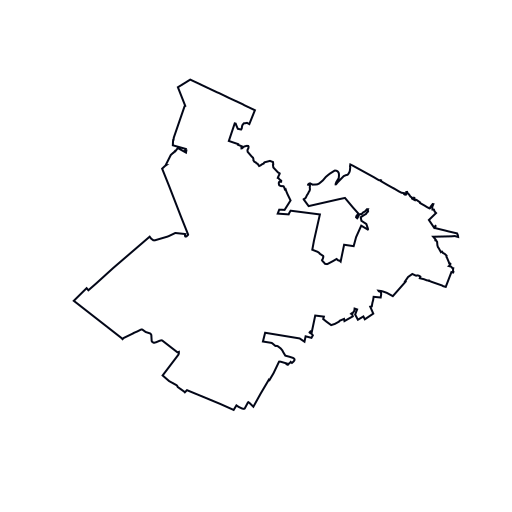 Independenta, Constanta, Romania (Natural Earth projection), rotated 129°
{"feature_id": "2599482B49853349653929", "entity_name": "Independenta", "entity_type": "district", "adm_level": 2, "iso_a3": "ROU", "parent_name": "Romania", "parent_adm1": "Constanta", "projection": "natural_earth1", "projection_center": [28.039, 43.934], "detail": "fine", "context": "isolated", "style": "outline", "palette": "ink", "viewbox_px": 512, "rotation_deg": 129, "n_neighbors": 0, "source": "geoboundaries", "source_scale": "gbopen_adm2", "svg_char_len": 6099}
<svg xmlns="http://www.w3.org/2000/svg" viewBox="0 0 512 512"><g transform="rotate(129 256 256)"><path d="M143.4,348.6L146.2,360.1L146.4,361.7L150.1,376.2L152.6,387.1L153.3,389.3L160.3,418.1L174.0,422.9L183.9,405.4L184.7,405.7L215.7,394.4L217.5,393.3L217.7,393.2L217.9,393.4L218.9,392.8L222.3,390.3L217.0,378.0L218.1,377.7L217.7,376.6L219.7,375.5L221.3,384.7L225.4,384.6L225.4,385.0L227.8,385.1L228.0,385.3L231.1,385.8L242.5,383.3L242.3,383.1L243.4,383.4L247.2,383.9L256.3,367.6L272.4,339.5L282.1,322.2L282.3,322.1L284.6,322.4L285.3,323.1L285.2,323.5L285.0,323.9L284.3,324.4L283.5,324.8L284.1,325.8L288.9,333.2L295.4,336.3L296.8,337.1L307.5,344.5L308.4,345.7L308.5,348.4L307.9,350.8L355.1,359.4L377.8,362.9L388.1,364.7L387.6,367.4L405.5,369.4L404.4,308.8L404.6,307.4L403.1,307.3L393.1,302.6L392.9,302.7L389.4,300.8L385.8,299.2L384.9,298.5L384.7,297.8L384.5,293.9L382.8,289.5L382.9,288.5L383.3,287.6L387.6,283.7L388.0,283.0L387.9,281.2L387.6,280.6L385.8,279.3L382.6,277.6L381.1,276.5L380.7,275.7L380.3,256.7L380.1,256.2L379.1,255.6L380.2,254.7L381.5,254.2L407.6,253.4L407.9,244.7L406.4,236.4L406.5,235.6L407.1,234.3L406.7,228.6L406.6,226.1L406.7,225.5L403.7,225.2L393.5,190.8L389.7,176.5L384.4,177.2L384.2,174.6L383.7,172.5L383.3,170.9L382.7,169.6L382.1,169.0L381.6,168.8L374.9,170.1L374.4,170.0L374.3,168.5L374.8,163.2L360.0,165.8L344.5,168.1L344.7,167.7L344.3,167.4L336.1,168.6L323.6,171.6L323.0,171.0L322.5,170.0L320.2,164.5L320.9,164.1L320.5,162.8L318.8,162.7L317.3,162.3L316.5,162.4L316.5,160.8L314.3,160.4L312.9,160.5L312.1,161.0L311.9,161.4L311.8,161.9L311.9,163.1L313.2,166.5L315.0,170.5L313.5,174.6L312.8,176.1L312.3,178.6L312.4,182.2L312.7,183.1L313.7,184.3L313.6,188.6L313.9,189.5L318.1,196.8L309.9,200.6L292.6,170.2L292.1,164.4L287.2,166.9L284.7,161.4L281.9,161.9L281.6,163.0L281.5,164.0L281.8,166.1L281.7,166.3L280.2,166.2L279.8,164.9L265.0,172.5L260.4,165.1L262.7,164.1L262.7,160.0L262.4,154.1L259.2,152.0L254.8,150.2L253.6,150.2L249.5,148.0L250.9,146.3L242.0,142.8L240.8,144.5L241.0,145.7L240.4,145.6L240.3,144.9L236.7,145.1L234.8,146.3L233.9,143.8L239.1,142.1L241.4,136.7L235.4,134.5L236.7,131.6L227.0,128.6L223.5,135.3L222.3,134.3L219.1,136.1L216.6,137.2L213.7,138.9L209.8,133.0L207.0,134.6L205.5,136.1L205.4,136.5L205.8,137.4L206.1,138.4L205.9,139.0L204.4,136.6L203.6,134.8L202.3,131.1L201.1,124.4L181.9,123.6L182.0,124.2L176.6,124.6L171.6,123.2L170.7,119.6L170.5,119.1L169.7,118.6L169.2,117.9L168.7,116.6L168.6,115.3L170.2,114.7L168.4,111.0L167.4,107.9L166.7,106.7L166.4,106.5L166.2,106.2L166.5,105.9L166.0,104.8L165.7,103.6L161.8,92.8L161.8,92.2L161.6,91.4L160.6,89.1L145.5,94.0L144.8,92.4L144.0,92.6L143.8,93.3L142.6,94.3L141.4,95.0L141.6,95.3L141.8,95.8L141.6,97.0L141.5,97.9L142.1,98.9L142.4,99.7L141.5,99.5L141.2,99.8L139.8,99.9L139.7,100.5L140.2,100.8L140.1,101.3L139.4,102.3L137.1,106.6L136.8,107.5L135.8,108.1L135.6,110.7L136.0,112.7L135.5,114.2L136.0,114.7L136.6,114.8L135.6,117.3L135.0,118.7L134.6,120.2L133.5,121.8L131.0,124.2L130.9,124.5L130.9,125.2L130.4,125.9L130.4,126.2L130.8,126.6L130.1,127.2L129.5,130.4L117.8,116.6L115.4,114.1L114.0,110.9L112.8,112.2L111.9,114.0L115.8,122.0L117.1,124.9L121.6,134.4L121.6,134.6L119.7,135.3L119.7,135.5L121.9,135.4L119.2,144.3L109.3,143.1L109.0,145.2L108.0,146.9L108.9,148.1L107.0,149.9L104.1,150.8L104.4,151.4L108.0,151.3L109.4,150.8L109.8,151.0L110.4,153.9L110.7,156.5L111.6,161.8L111.1,162.2L111.4,166.5L111.9,167.8L112.6,167.6L112.8,168.7L112.0,169.2L111.4,169.4L111.2,169.5L111.3,169.9L113.0,169.7L113.2,170.9L112.5,171.4L112.6,173.6L111.9,175.7L111.7,178.0L111.1,178.9L111.6,179.4L112.6,178.3L114.0,178.1L114.6,178.9L114.7,179.6L113.6,179.8L115.3,182.8L115.9,185.7L116.7,191.4L116.8,191.4L118.0,198.2L119.2,206.0L118.5,206.4L118.7,207.0L119.6,207.8L119.9,209.1L120.6,214.0L124.8,237.3L125.5,240.3L127.1,239.4L127.9,238.5L130.7,236.7L132.0,236.2L134.0,235.9L134.9,235.9L135.5,236.1L136.6,237.0L138.7,238.1L147.3,238.9L149.9,238.9L150.2,239.2L150.0,239.4L148.0,240.1L143.4,240.7L140.9,242.4L139.7,243.6L139.2,244.4L138.9,245.6L139.0,246.7L139.4,247.7L140.1,248.6L145.4,250.4L147.5,250.9L150.6,251.5L155.1,251.6L157.8,252.1L160.1,252.6L160.9,253.0L161.8,253.5L162.6,254.3L165.0,257.0L165.1,258.0L165.4,258.9L165.5,259.7L166.2,260.2L166.8,260.4L167.6,260.5L167.8,260.4L167.1,259.1L167.2,258.6L167.4,258.3L169.1,257.2L170.1,256.1L171.6,255.4L172.9,255.3L174.9,254.8L176.6,254.7L179.4,254.0L180.3,254.1L181.9,254.7L182.0,254.6L184.1,246.5L159.7,227.3L154.9,223.4L157.3,211.1L158.6,203.1L161.8,203.1L162.9,202.6L163.0,201.1L162.3,201.1L159.3,201.9L157.7,201.2L157.4,200.6L157.0,200.3L154.9,200.2L152.6,199.3L149.8,199.2L149.2,198.4L150.3,198.1L150.4,197.3L150.9,196.9L152.2,197.1L154.4,197.0L155.3,197.5L160.0,199.0L162.3,196.2L161.7,190.4L164.2,186.4L164.7,185.8L165.1,185.8L166.2,193.3L178.3,190.1L186.9,186.3L191.8,194.6L207.1,186.7L207.0,188.2L207.6,189.1L207.7,189.7L207.6,191.5L211.6,193.0L217.2,195.4L217.6,195.7L218.6,197.3L218.6,197.9L218.3,198.9L218.1,201.0L217.7,202.1L216.2,202.3L215.0,202.8L214.2,203.2L213.7,203.8L214.1,208.0L213.8,208.7L214.0,210.8L215.7,216.2L207.6,220.6L183.5,232.5L199.0,257.6L201.4,257.3L203.1,256.8L209.4,265.8L205.4,267.1L203.4,264.5L202.2,262.8L191.1,264.1L188.1,270.5L186.7,273.1L185.6,274.8L186.2,274.9L186.3,275.2L185.6,276.2L185.0,277.1L184.5,278.5L185.1,279.5L185.8,280.3L186.2,281.4L186.4,282.4L186.1,283.0L185.1,284.1L184.2,284.6L183.5,284.4L182.5,283.2L181.6,283.8L181.7,285.9L181.3,287.6L181.6,288.2L181.2,288.4L177.1,289.4L176.9,289.6L177.2,291.6L176.3,298.2L174.5,300.2L174.0,300.2L172.3,301.9L173.3,305.0L177.8,308.3L178.5,308.4L179.3,308.2L180.8,309.0L182.7,309.5L184.1,310.2L183.3,312.9L183.7,313.9L183.4,314.9L183.8,316.5L183.3,318.2L182.3,319.0L181.5,320.2L181.4,322.0L180.3,328.0L179.4,329.0L178.8,329.4L176.9,329.8L175.7,330.6L175.4,331.3L176.2,332.5L178.4,334.1L179.4,334.4L181.0,334.6L181.5,335.0L180.9,335.6L179.7,336.1L180.9,340.0L180.3,340.3L183.7,349.5L166.3,356.0L165.9,355.1L166.8,353.6L168.6,350.2L167.1,347.2L166.0,347.3L163.7,348.6L162.4,349.0L160.4,348.9L159.7,348.0L158.2,346.8L157.7,344.2L143.4,348.6Z" fill="none" stroke="#020617" stroke-width="2"/></g></svg>